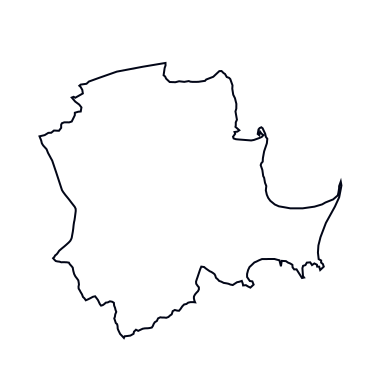 the district of Viamão, Rio Grande do Sul, Brazil, rotated 260°
{"feature_id": "56859067B37980844021564", "entity_name": "Viamão", "entity_type": "district", "adm_level": 2, "iso_a3": "BRA", "parent_name": "Brazil", "parent_adm1": "Rio Grande do Sul", "projection": "robinson", "projection_center": [-50.925, -30.204], "detail": "fine", "context": "isolated", "style": "outline", "palette": "ink", "viewbox_px": 384, "rotation_deg": 260, "n_neighbors": 0, "source": "geoboundaries", "source_scale": "gbopen_adm2", "svg_char_len": 4128}
<svg xmlns="http://www.w3.org/2000/svg" viewBox="0 0 384 384"><g transform="rotate(260 192 192)"><path d="M78.5,93.9L76.2,94.2L74.8,95.3L72.9,95.4L70.3,95.1L68.5,95.5L66.7,96.0L64.6,96.6L62.9,97.8L61.5,98.7L60.1,99.6L61.6,100.6L61.4,103.7L61.3,106.4L62.5,109.8L64.5,110.6L66.1,112.9L64.6,114.9L65.4,117.8L65.9,119.7L65.9,122.1L65.5,124.6L65.4,126.6L65.5,128.9L67.0,130.3L68.5,131.2L70.2,132.7L71.1,135.0L73.4,136.6L74.1,139.0L73.6,140.6L73.2,142.8L72.6,144.8L73.0,147.1L74.2,148.9L75.0,150.7L76.4,151.5L78.0,152.3L78.8,154.6L77.8,156.7L77.3,158.6L78.6,160.2L81.1,162.6L82.6,164.7L82.7,167.1L83.7,169.0L83.8,171.5L83.3,174.2L82.8,175.9L84.5,175.5L87.1,175.4L88.8,175.8L90.6,177.2L92.1,179.0L93.3,180.7L95.0,181.9L97.0,182.2L98.5,181.3L100.9,180.2L103.0,180.4L105.3,181.6L106.7,182.4L114.6,186.7L116.9,188.2L116.0,190.9L114.1,192.5L112.7,193.9L110.9,195.7L109.9,197.2L108.5,198.7L107.2,199.9L105.7,200.4L103.4,200.7L101.5,202.2L99.7,203.3L98.6,205.3L97.0,207.4L96.1,210.0L95.3,212.0L94.2,213.7L93.3,216.0L94.2,218.0L95.3,220.6L95.4,223.0L95.8,225.6L92.9,226.1L91.1,226.1L90.9,228.9L89.2,230.8L87.7,232.9L90.1,236.6L93.5,235.9L94.3,233.5L98.7,231.5L101.7,232.0L105.4,233.7L108.1,235.6L109.4,237.6L111.8,241.2L112.3,243.4L113.1,246.1L113.8,249.3L111.7,261.6L110.5,264.1L109.6,266.2L103.4,266.7L108.6,268.4L107.6,272.5L105.8,274.3L104.5,276.4L102.9,278.2L100.3,278.0L98.0,279.2L97.7,281.5L88.2,285.4L88.3,287.5L89.9,286.7L97.8,287.5L100.0,288.6L100.3,291.0L102.5,292.8L102.2,296.2L99.2,297.5L100.4,300.1L98.7,302.4L96.8,302.3L96.4,304.3L92.9,304.7L95.6,308.8L98.3,308.4L100.1,306.9L102.1,307.3L103.9,305.1L110.5,305.5L117.4,307.2L125.2,310.7L138.3,318.5L152.8,330.2L161.2,336.0L169.0,339.0L172.5,340.3L176.4,340.3L172.2,337.9L170.1,337.5L168.0,336.8L165.5,335.9L163.3,334.9L160.2,329.7L158.5,321.6L157.2,318.0L156.3,310.1L156.7,298.2L158.8,286.1L160.9,280.4L162.8,275.1L165.3,271.4L169.7,267.6L173.0,266.0L176.4,265.2L180.8,265.0L185.0,266.2L188.4,265.5L193.5,265.5L195.3,264.9L201.5,265.1L206.5,264.3L208.2,265.2L209.6,266.9L213.0,267.7L219.5,270.1L221.7,271.3L227.0,274.2L231.3,275.4L233.5,274.3L236.6,274.2L242.5,272.6L243.7,271.5L243.2,269.7L242.1,268.4L237.7,266.8L236.2,268.1L239.4,269.6L237.4,270.6L235.6,272.2L234.1,270.2L233.5,267.8L232.5,262.0L232.5,259.2L235.9,246.0L236.4,244.3L237.5,242.3L239.3,242.0L241.8,244.6L243.7,244.3L243.6,247.2L244.6,249.3L248.6,246.1L250.1,246.7L253.0,247.2L255.4,248.8L257.7,248.8L263.8,248.8L266.4,250.1L271.1,251.0L276.9,250.6L280.6,249.5L286.7,249.6L290.0,250.4L296.6,249.3L298.0,248.3L299.2,246.2L302.5,245.0L303.7,243.7L306.0,242.1L306.3,239.9L301.8,233.0L300.3,225.5L299.2,224.1L299.3,221.2L299.4,217.4L300.3,211.9L300.9,209.6L301.8,208.1L301.8,203.5L303.3,198.5L303.0,194.7L304.2,189.1L308.1,186.2L310.4,185.6L311.9,184.3L318.9,186.6L321.2,187.9L323.7,188.3L323.9,165.2L323.6,138.9L320.5,120.0L318.7,109.7L316.9,106.9L317.1,101.0L316.2,99.5L314.9,100.5L311.6,101.7L308.0,101.6L305.1,93.4L306.3,92.0L305.9,90.0L301.3,92.7L297.7,96.1L294.5,97.8L290.6,96.4L290.8,94.0L290.4,90.4L287.9,89.9L282.3,85.8L281.9,83.1L282.8,78.3L282.3,75.8L280.9,74.8L277.9,74.3L275.4,71.6L276.5,66.7L274.8,63.7L275.2,60.8L273.6,56.8L273.3,51.5L269.0,52.4L266.0,52.6L263.7,53.5L259.4,56.2L255.5,57.0L247.1,59.8L234.6,61.7L219.1,63.9L216.4,64.3L214.4,65.1L211.2,66.7L206.2,69.5L202.5,71.4L197.8,73.9L195.7,74.5L193.5,74.2L187.4,72.3L184.7,71.4L182.8,70.6L180.1,69.7L176.6,68.7L173.5,67.7L169.5,66.2L167.8,65.6L166.5,64.8L165.1,63.7L163.7,61.9L162.0,59.2L160.5,56.7L159.0,54.0L157.2,51.0L155.2,49.1L154.1,47.8L153.3,46.2L152.0,45.2L150.9,43.7L149.4,44.6L147.7,45.8L147.0,47.4L146.4,49.4L145.5,51.0L145.2,53.3L144.5,56.5L143.8,58.5L142.1,59.1L140.4,60.2L138.3,61.4L134.9,61.4L131.7,61.7L129.1,62.5L126.8,63.7L124.7,64.7L122.4,64.7L120.5,64.6L118.5,63.8L116.5,63.6L114.8,64.3L112.9,64.9L110.3,65.9L107.6,66.4L106.0,67.6L103.8,68.6L104.3,70.8L105.1,73.5L106.0,76.2L106.1,78.5L102.0,80.6L97.6,81.8L95.9,82.7L96.1,84.5L97.0,86.4L98.0,87.8L97.9,89.9L98.6,92.2L97.8,94.3L96.5,95.8L93.6,95.6L91.3,96.1L89.3,96.2L87.1,96.6L84.9,95.2L82.5,94.4L81.0,93.5L78.5,93.9Z" fill="none" stroke="#020617" stroke-width="2"/></g></svg>